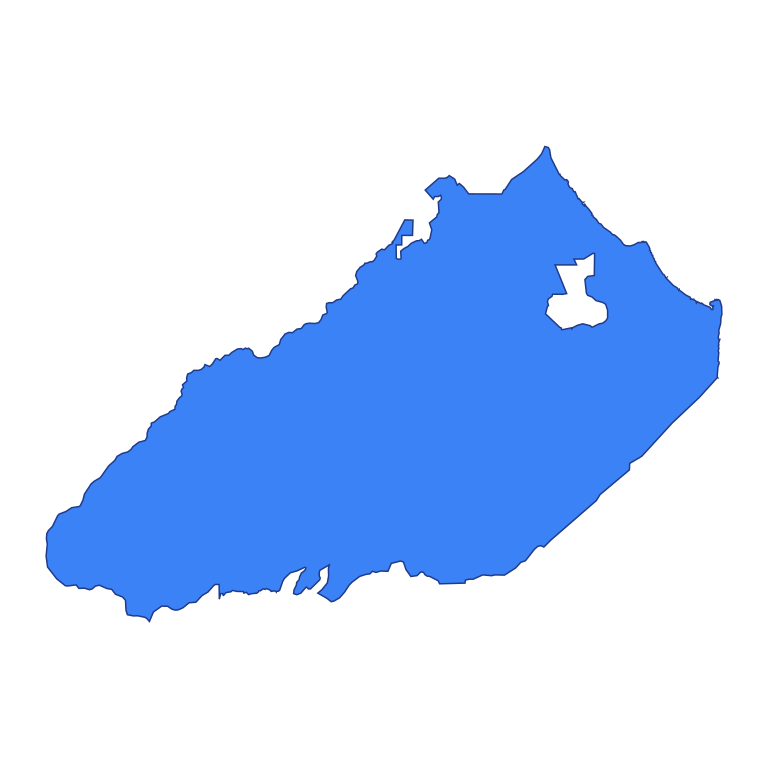 Asahan, Sumatera Utara, Indonesia
{"feature_id": "22746128B26461090721788", "entity_name": "Asahan", "entity_type": "district", "adm_level": 2, "iso_a3": "IDN", "parent_name": "Indonesia", "parent_adm1": "Sumatera Utara", "projection": "orthographic", "projection_center": [99.752, 2.847], "detail": "fine", "context": "isolated", "style": "filled", "palette": "blue", "viewbox_px": 768, "rotation_deg": 0, "n_neighbors": 0, "source": "geoboundaries", "source_scale": "gbopen_adm2", "svg_char_len": 6106}
<svg xmlns="http://www.w3.org/2000/svg" viewBox="0 0 768 768"><path d="M717.8,377.8L717.2,376.6L717.9,367.0L719.1,363.4L718.9,361.8L718.0,360.9L718.8,352.4L718.2,351.1L718.9,348.1L718.3,345.7L718.9,345.1L718.5,343.3L719.8,339.4L718.7,339.5L718.2,336.9L719.1,333.3L718.8,330.2L720.6,323.8L721.0,317.3L721.9,314.4L721.6,306.1L719.8,300.4L718.0,299.5L717.4,300.2L716.7,299.6L716.5,300.1L715.0,299.6L715.1,300.4L710.2,302.3L709.8,304.0L710.4,305.1L712.7,306.0L714.2,305.7L712.5,306.7L713.1,308.9L712.5,309.6L711.6,309.5L709.9,307.3L703.9,304.9L701.7,303.1L701.0,303.6L697.3,301.7L696.4,302.9L695.9,301.0L693.9,299.9L693.9,299.3L691.7,299.3L691.1,298.7L690.6,299.1L690.1,297.2L685.9,295.1L679.8,290.5L679.1,290.6L679.1,289.3L678.4,289.8L677.1,287.8L673.3,285.5L666.4,278.4L666.7,277.7L666.1,278.1L664.1,274.8L662.9,274.1L655.6,262.8L655.6,261.6L654.7,261.1L654.1,258.7L653.0,257.5L652.7,255.3L651.9,255.0L651.4,252.8L650.6,252.6L650.4,250.5L649.5,250.0L649.8,248.8L649.1,247.0L646.4,242.3L645.5,241.8L644.4,242.3L643.7,241.5L643.0,242.2L642.2,241.5L641.2,242.5L638.2,242.5L634.0,244.8L630.1,246.0L625.4,245.6L623.3,244.2L620.5,240.2L616.3,236.4L614.4,234.9L612.4,234.5L610.3,232.1L603.5,227.4L601.0,224.1L598.7,223.2L596.4,219.5L593.2,216.8L592.8,215.3L591.8,215.0L591.9,213.5L589.2,209.7L585.8,205.9L584.9,206.0L585.3,205.2L584.8,204.3L584.2,205.3L582.4,204.0L582.3,203.2L583.4,202.3L582.2,202.4L579.0,198.6L578.2,198.9L575.1,191.7L573.7,191.7L572.3,188.6L570.1,187.7L569.0,186.3L568.0,183.9L568.4,182.2L567.5,180.4L566.8,180.5L566.5,179.6L565.0,180.0L560.2,175.5L560.0,174.3L559.2,174.3L550.9,157.8L549.6,149.8L548.3,147.5L544.9,146.5L541.6,153.8L537.2,159.2L523.4,171.6L511.6,179.5L505.2,189.4L503.9,189.9L501.9,194.0L468.7,193.9L463.6,187.2L460.9,184.8L459.2,183.5L457.2,185.2L454.7,179.1L449.2,175.6L447.3,177.4L445.0,178.2L438.8,178.2L425.2,190.1L433.2,199.2L434.7,196.5L438.1,196.6L440.7,195.2L441.4,197.7L441.3,199.2L438.3,202.1L439.0,212.6L437.4,214.3L436.6,217.1L429.4,222.9L431.8,229.8L430.0,238.2L429.2,239.7L427.7,240.2L426.8,242.6L424.2,243.3L421.5,239.3L419.0,240.7L416.4,240.8L411.1,243.4L408.1,246.3L403.9,248.6L400.7,251.2L401.1,258.3L400.5,259.1L397.6,259.2L396.3,258.2L396.1,245.0L401.7,244.9L401.8,235.4L412.5,235.4L413.0,220.1L404.8,219.9L394.3,239.8L392.1,242.2L392.8,242.7L392.2,243.8L388.8,245.3L384.4,249.9L381.8,249.1L377.4,252.1L376.1,253.9L376.8,256.1L374.1,260.4L372.2,261.7L370.4,261.7L366.2,263.4L365.0,263.1L364.2,264.7L360.0,267.5L356.8,271.5L355.6,275.6L357.6,280.7L357.9,282.8L357.3,284.0L354.9,285.0L352.9,288.0L350.5,288.8L343.1,295.7L340.9,299.1L336.5,300.0L332.6,302.8L328.8,302.7L326.6,303.5L326.2,307.1L327.3,312.6L326.3,313.7L322.8,315.0L321.0,319.7L318.6,322.6L315.3,323.5L309.1,323.2L306.1,323.7L304.3,324.6L301.3,328.5L297.0,329.1L292.5,332.7L288.8,332.4L285.1,334.0L280.7,339.6L279.3,344.6L274.1,347.4L271.7,350.3L269.1,355.5L265.3,357.2L260.8,358.0L257.2,357.7L253.7,355.1L252.3,351.2L248.7,348.2L247.2,348.8L245.4,348.1L243.1,349.6L241.1,348.6L237.5,349.0L231.7,352.5L228.9,355.2L225.0,355.3L220.0,360.3L217.1,358.5L215.8,358.7L212.2,364.2L209.7,366.5L204.9,364.6L204.0,367.1L201.1,369.5L198.3,370.4L193.9,370.3L191.4,372.6L187.7,374.0L186.6,378.0L186.9,381.0L182.5,384.8L183.5,387.6L181.9,389.1L181.1,391.2L182.1,394.4L181.7,396.0L179.5,397.7L177.0,401.0L176.4,404.6L175.1,406.2L175.0,409.2L169.7,411.7L168.5,413.5L160.3,416.8L154.2,422.1L151.8,422.8L151.2,423.6L151.3,426.0L148.5,429.0L147.2,433.1L147.0,437.1L145.3,440.5L138.8,442.2L132.9,446.7L131.0,449.5L127.8,451.9L122.0,453.5L117.1,456.4L114.8,460.4L108.6,466.0L100.3,477.7L94.4,481.1L91.2,483.8L84.4,494.2L83.0,500.0L80.2,505.8L78.9,506.6L71.7,507.7L65.7,511.6L59.3,514.0L57.6,515.8L52.5,526.3L48.4,530.6L46.8,533.6L46.4,538.7L47.3,544.1L46.1,556.2L47.6,567.1L56.7,578.8L65.3,585.7L67.7,586.0L76.1,584.9L78.9,588.4L84.5,588.2L89.5,589.7L92.0,589.0L95.4,586.1L99.3,585.2L107.1,588.6L111.7,589.3L115.4,594.2L122.6,597.0L125.5,600.3L126.0,610.4L127.4,614.7L133.3,615.9L137.8,615.8L144.9,617.3L146.9,618.5L149.4,621.5L153.4,612.0L161.7,606.1L167.8,606.3L171.5,609.0L174.6,610.0L177.1,610.1L180.1,609.1L183.1,607.7L189.0,602.8L195.9,602.2L202.0,595.6L208.0,592.0L213.8,585.4L215.7,584.4L219.1,584.5L219.3,599.2L220.7,593.6L222.9,593.6L222.9,594.9L223.6,595.4L225.9,592.6L230.9,591.8L232.4,590.4L236.7,591.4L243.5,591.6L243.8,593.1L246.2,592.3L248.7,594.6L251.3,593.7L256.7,593.2L258.4,591.9L259.0,590.6L260.4,590.8L263.2,588.8L265.1,589.4L266.7,588.6L270.3,590.2L271.1,591.4L274.0,590.9L275.8,591.3L276.3,592.1L276.6,591.3L278.5,591.2L279.7,590.1L282.7,581.4L284.4,578.5L290.3,572.8L297.3,570.8L304.5,567.4L305.7,567.6L305.7,569.0L304.3,570.9L301.4,573.0L299.6,576.9L299.1,579.7L296.7,582.4L296.3,585.3L294.0,589.9L293.6,593.6L296.8,594.7L300.9,593.1L305.9,587.3L306.6,587.1L308.3,588.9L310.4,589.0L319.7,579.9L320.2,577.9L319.3,576.1L319.2,572.3L320.0,570.2L329.3,564.9L328.4,568.5L328.6,576.0L327.3,583.0L321.9,589.7L317.8,593.1L327.0,598.4L331.2,601.7L333.9,601.1L339.5,597.9L344.6,592.1L349.1,585.2L352.1,582.1L359.7,576.4L366.2,574.3L369.8,573.9L372.5,571.3L376.0,572.4L380.7,571.0L387.9,571.3L391.3,563.4L400.7,561.0L403.5,562.1L406.0,569.6L410.9,576.5L417.1,575.6L420.8,571.9L423.5,572.3L424.9,574.6L427.1,576.1L429.7,576.4L438.2,580.8L439.6,583.8L465.0,583.1L465.4,580.1L469.3,579.2L473.1,579.2L482.8,574.9L491.6,575.7L494.9,574.9L504.5,575.1L515.6,568.0L520.8,562.3L525.4,560.8L534.4,549.3L537.8,546.3L540.9,545.7L543.9,547.0L550.7,540.2L596.4,500.5L600.0,494.6L629.4,469.9L629.7,463.4L641.8,456.2L672.3,422.9L699.5,397.2L717.2,377.7L717.8,377.8ZM583.8,259.0L593.0,253.3L594.6,253.5L594.3,275.5L587.8,276.4L584.9,279.6L586.4,293.2L587.7,295.3L592.2,297.1L596.0,300.6L602.8,302.5L605.7,304.3L607.6,310.3L607.6,318.0L605.8,320.8L602.8,323.1L599.0,323.9L592.1,327.3L590.2,325.7L582.8,323.8L577.4,325.3L572.7,327.7L571.8,328.9L571.6,327.8L561.8,329.8L561.1,327.8L559.9,327.5L545.5,313.8L547.4,306.7L548.5,305.4L547.5,302.0L547.7,300.4L548.6,298.7L552.0,296.3L552.6,294.2L562.7,294.3L566.7,293.6L555.1,264.9L576.6,264.9L574.0,259.1L583.8,259.0Z" fill="#3b82f6" stroke="#1e3a8a" stroke-width="1.5"/></svg>